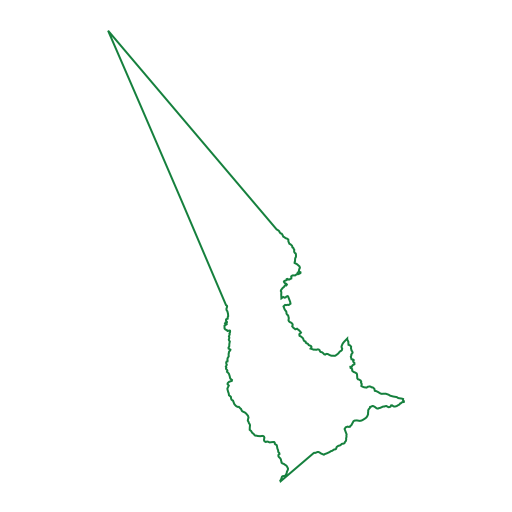 the district of Manyatta, Eastern, Kenya
{"feature_id": "3690345B28172026836823", "entity_name": "Manyatta", "entity_type": "district", "adm_level": 2, "iso_a3": "KEN", "parent_name": "Kenya", "parent_adm1": "Eastern", "projection": "mercator", "projection_center": [37.497, -0.372], "detail": "fine", "context": "isolated", "style": "outline", "palette": "green", "viewbox_px": 512, "rotation_deg": 0, "n_neighbors": 0, "source": "geoboundaries", "source_scale": "gbopen_adm2", "svg_char_len": 6126}
<svg xmlns="http://www.w3.org/2000/svg" viewBox="0 0 512 512"><path d="M351.3,425.3L353.5,421.2L354.5,420.6L356.8,420.4L359.7,420.9L361.3,420.6L362.5,420.1L364.9,418.6L366.0,417.8L366.8,416.9L367.5,415.7L368.1,414.1L368.0,413.0L368.2,411.9L368.2,410.4L368.6,409.4L369.9,407.9L370.1,406.9L371.4,406.6L372.3,406.0L373.3,406.1L374.8,406.9L376.2,408.0L377.1,408.5L378.2,408.5L379.0,408.1L380.1,407.9L383.2,406.5L384.4,406.5L385.1,406.2L386.3,406.0L388.5,407.2L389.8,407.0L390.7,406.4L391.1,405.4L392.0,405.3L392.8,405.9L393.9,406.5L395.1,406.5L396.7,406.1L397.7,405.4L398.8,404.9L399.6,404.3L400.1,403.5L401.0,403.2L401.6,402.5L402.4,402.2L403.8,402.0L403.9,401.2L403.2,400.8L403.0,399.9L403.1,399.0L401.8,398.6L398.4,398.1L397.6,397.7L396.8,397.1L393.2,396.5L390.2,395.7L388.6,394.7L385.7,393.7L381.3,393.8L380.1,393.3L379.2,392.8L378.5,392.2L377.5,391.8L376.5,391.2L374.8,390.8L374.4,388.9L373.2,387.7L372.3,387.3L371.5,387.3L370.9,386.8L369.8,386.4L367.7,386.8L366.6,387.6L364.2,387.3L363.3,387.0L361.4,386.1L361.4,385.2L361.7,384.5L361.6,383.6L361.0,382.7L361.2,381.6L360.6,380.5L358.9,379.5L358.0,379.3L357.3,378.4L357.0,374.3L356.6,373.4L354.7,372.3L353.7,372.0L352.4,371.0L352.1,370.1L352.2,369.2L351.6,368.4L350.6,368.0L350.4,366.8L351.8,366.7L352.3,365.7L352.8,365.1L354.4,364.3L354.4,362.9L353.3,361.8L353.1,360.8L353.7,360.1L352.8,359.4L351.5,359.3L350.8,356.6L351.3,355.6L351.3,354.4L352.0,353.6L352.6,352.7L352.3,351.5L351.5,350.5L351.3,349.3L351.0,348.5L351.1,346.6L349.9,345.3L348.5,344.8L348.3,341.6L347.2,339.5L347.2,338.6L344.2,341.7L343.2,342.9L342.6,343.8L341.9,345.4L341.5,346.6L341.7,347.7L342.2,348.5L342.0,349.9L341.2,350.8L340.5,351.1L339.6,351.8L338.7,353.0L337.8,353.9L335.9,355.3L335.0,355.8L331.3,355.7L329.7,355.1L327.7,354.0L326.3,353.9L325.2,354.6L324.2,354.3L323.3,353.3L322.1,352.3L320.5,351.9L319.9,351.1L319.6,350.2L318.7,349.5L317.5,349.4L316.3,349.8L314.8,349.6L313.8,349.7L310.6,348.6L311.4,347.5L311.4,346.6L310.8,345.9L308.7,345.1L308.1,344.1L307.5,343.6L306.6,343.3L305.8,342.7L305.6,341.6L304.1,340.9L303.5,339.8L303.3,339.0L302.8,338.1L301.1,336.6L300.4,336.2L299.6,335.9L299.3,334.8L299.5,333.9L300.3,333.4L301.0,332.6L300.3,331.6L298.5,329.8L297.6,329.3L297.0,328.7L295.3,329.3L293.2,327.6L292.2,326.3L292.7,324.9L292.5,324.1L292.0,323.4L291.0,322.6L289.7,322.0L288.9,321.2L288.5,320.2L288.8,318.1L288.1,315.4L287.1,314.6L286.5,313.6L286.4,312.1L286.1,311.2L285.5,310.7L284.6,309.3L283.5,306.4L285.1,304.9L286.2,305.1L287.6,304.8L288.7,305.0L290.5,303.7L290.2,302.0L288.2,296.7L287.7,296.1L286.5,296.5L285.6,297.4L284.7,297.7L283.2,297.0L281.4,298.3L281.2,294.1L281.3,293.3L281.3,292.0L280.8,291.0L281.1,290.0L282.7,287.9L283.9,287.0L284.6,285.9L285.3,285.3L286.2,285.5L286.9,284.6L286.3,283.8L285.2,283.4L284.4,282.6L283.9,281.8L284.4,280.9L285.5,280.6L286.6,280.0L286.7,279.1L287.6,278.9L288.1,279.5L289.4,279.5L290.5,278.8L291.3,278.5L291.4,277.5L291.2,276.4L291.9,275.8L292.7,275.4L295.2,275.4L296.2,274.6L297.0,274.3L297.5,273.1L298.3,274.1L299.3,273.7L300.4,273.1L300.5,272.3L299.8,271.9L298.9,271.7L298.9,270.6L299.3,269.0L299.9,267.8L299.5,266.4L296.9,264.1L294.6,263.0L294.6,262.1L295.0,261.3L295.1,259.0L295.3,258.0L295.8,257.2L296.0,256.2L295.9,254.2L295.7,253.5L294.9,253.0L294.2,251.9L294.1,250.9L294.3,249.9L293.7,248.9L293.3,247.9L292.4,247.4L292.3,246.5L292.0,245.7L290.5,244.3L289.4,243.8L288.4,241.4L288.3,239.5L286.8,238.5L285.9,238.3L285.1,237.8L284.4,237.2L283.3,236.7L282.4,234.7L281.7,233.7L280.5,233.3L279.7,232.3L279.2,231.2L278.3,230.4L276.6,229.4L108.1,30.7L142.0,108.9L183.0,204.1L226.0,305.1L226.9,305.7L227.1,306.6L226.4,309.0L226.6,310.2L227.4,311.3L228.0,313.8L228.2,316.2L227.7,317.1L227.7,318.7L226.8,319.0L226.1,319.4L226.0,320.4L226.3,321.2L226.9,321.8L226.9,322.6L225.5,322.5L225.0,323.5L226.3,324.5L224.5,325.6L224.5,327.6L224.6,328.6L225.2,329.3L226.0,329.8L227.0,330.2L227.5,331.0L228.5,330.8L229.2,330.5L230.0,330.7L230.1,331.7L229.9,332.7L229.4,333.4L229.7,334.3L228.9,336.5L229.3,337.3L229.2,338.5L228.8,339.6L229.1,340.5L229.8,341.4L229.3,344.1L229.3,345.1L229.2,346.5L228.5,347.6L228.6,348.6L230.4,349.6L230.2,350.5L229.4,351.2L228.9,352.1L228.9,353.0L228.6,353.9L228.7,356.4L227.7,358.0L227.4,359.1L227.6,360.3L227.5,361.4L226.6,361.5L226.2,362.5L226.3,363.8L226.8,364.8L225.8,366.7L226.3,367.5L226.0,368.5L226.3,369.3L227.1,370.0L227.4,370.8L227.0,371.8L228.4,373.1L229.0,374.0L229.7,376.2L230.1,378.1L230.7,379.0L232.0,380.0L231.8,380.9L229.1,381.8L227.8,383.0L227.5,384.0L228.1,384.8L228.8,385.5L227.4,388.5L227.5,389.5L228.2,392.0L228.7,393.3L229.0,395.3L230.8,396.7L231.2,398.9L231.5,399.6L232.3,400.3L233.0,400.6L234.0,403.3L234.4,404.2L235.7,405.7L236.5,406.3L237.6,406.9L238.9,406.9L240.3,408.4L241.0,408.9L241.7,410.5L242.2,411.2L243.7,412.0L244.6,412.3L246.1,413.5L248.0,415.8L248.5,417.6L248.0,419.3L247.8,420.7L248.5,421.8L248.9,423.1L249.7,424.2L250.0,425.2L249.8,427.3L249.7,429.8L251.2,431.1L252.1,432.7L253.7,434.0L254.4,434.9L255.0,435.5L255.8,435.7L256.7,435.7L257.6,436.0L260.2,436.2L262.4,435.9L263.3,436.1L264.0,436.6L264.4,437.7L264.1,439.0L264.0,440.1L264.5,441.3L265.8,442.0L266.8,441.6L267.8,441.6L268.6,442.0L269.6,442.4L273.1,442.0L274.1,442.0L274.7,442.6L274.8,443.8L275.4,444.4L276.5,444.9L276.9,445.8L277.4,448.6L278.1,450.2L278.2,451.4L278.5,452.3L279.2,452.9L279.5,454.0L278.4,455.0L278.4,456.1L278.8,456.9L280.3,458.4L280.9,459.5L281.1,460.8L281.5,461.7L281.5,462.6L282.2,463.3L284.0,464.0L284.6,464.5L286.3,465.6L286.8,466.2L287.3,467.1L288.0,468.5L287.9,469.7L286.9,471.8L286.7,473.1L285.5,475.5L284.5,475.9L282.6,476.2L282.0,476.7L280.9,479.9L280.3,480.5L280.6,481.3L313.4,453.3L314.2,452.8L315.3,452.9L317.5,452.0L318.5,452.0L319.6,452.5L321.0,453.5L323.9,454.7L324.7,454.1L326.7,453.4L329.7,452.0L330.8,451.2L332.0,450.9L334.1,449.5L335.5,449.3L336.1,448.8L336.3,448.0L336.7,447.0L337.7,446.2L338.7,445.7L339.7,445.5L340.4,445.2L341.8,443.9L342.6,443.7L343.7,443.6L344.5,443.1L344.9,442.1L345.9,440.9L346.2,439.5L346.1,438.3L346.5,436.8L346.4,435.6L346.6,434.4L344.6,429.0L345.7,427.3L347.6,426.6L348.5,426.9L349.9,426.8L350.4,425.9L351.3,425.3Z" fill="none" stroke="#15803d" stroke-width="2"/></svg>